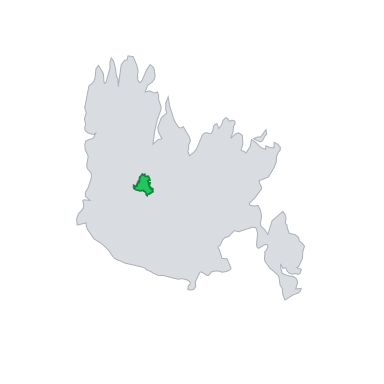 Roscrea-Templemore Lea-4, North Tipperary, Ireland (highlighted), rotated 117°
{"feature_id": "5873133B40874438019884", "entity_name": "Roscrea-Templemore Lea-4", "entity_type": "district", "adm_level": 2, "iso_a3": "IRL", "parent_name": "Ireland", "parent_adm1": "North Tipperary", "projection": "mercator", "projection_center": [-7.88, 52.84], "detail": "fine", "context": "in_parent", "style": "filled", "palette": "green", "viewbox_px": 384, "rotation_deg": 117, "n_neighbors": 0, "source": "geoboundaries", "source_scale": "gbopen_adm2", "svg_char_len": 7834}
<svg xmlns="http://www.w3.org/2000/svg" viewBox="0 0 384 384"><g transform="rotate(117 192 192)"><path d="M234.9,71.3L228.0,76.1L227.0,78.0L225.0,85.4L224.8,87.5L220.5,95.7L218.1,97.4L214.5,98.7L212.4,100.0L209.8,99.3L206.5,99.5L204.9,100.9L205.0,102.0L206.0,103.3L212.0,107.1L211.7,108.7L210.0,110.4L199.1,114.8L195.9,117.5L194.8,119.2L195.9,122.1L204.6,130.9L206.0,131.8L207.3,136.9L214.9,139.0L218.1,142.2L220.8,142.9L226.6,142.7L229.0,143.9L230.3,143.0L231.1,141.3L237.6,135.1L235.6,130.5L242.2,122.6L244.0,122.7L247.1,125.1L249.7,128.5L250.5,132.9L252.9,137.0L254.4,138.4L258.6,139.2L259.6,140.7L258.9,146.5L259.5,148.5L270.2,148.3L274.5,145.8L278.2,146.3L280.0,148.9L280.8,151.5L277.6,152.5L274.3,152.0L272.7,153.7L272.6,157.1L273.7,161.5L275.9,164.5L277.7,171.5L279.2,179.1L281.5,183.8L282.0,189.5L281.6,192.3L282.0,197.3L281.1,199.1L281.8,203.8L285.7,219.0L286.4,230.8L284.5,235.2L282.0,239.4L280.3,244.4L279.0,249.7L278.2,258.3L272.7,268.3L270.3,270.8L267.6,272.3L273.6,279.3L268.7,282.4L263.3,283.4L257.4,281.7L253.8,281.9L249.1,285.5L248.0,284.8L245.8,279.1L244.2,285.0L240.8,286.9L235.0,286.5L225.2,288.1L221.5,289.8L220.0,292.4L218.8,295.4L217.3,297.2L215.6,298.1L208.1,300.4L206.6,301.3L203.1,306.1L198.5,309.0L194.8,309.8L191.4,307.0L190.0,305.3L188.5,304.4L183.3,304.5L185.0,305.4L186.0,307.4L186.5,311.2L185.9,315.0L183.4,316.9L180.4,317.2L175.6,321.1L169.2,322.2L165.8,325.8L144.9,331.8L143.7,331.9L140.8,330.3L137.7,329.7L134.6,330.1L125.8,333.5L121.6,332.8L127.0,324.5L134.3,320.2L135.0,319.1L132.6,318.5L118.8,321.4L114.0,323.9L109.2,324.7L111.4,320.8L117.6,315.6L123.0,312.1L125.3,309.0L131.8,305.5L110.8,312.8L105.3,311.9L104.0,309.9L99.7,310.8L98.1,305.9L104.4,298.5L108.1,295.3L112.5,293.6L116.8,291.1L118.4,288.1L116.4,287.1L103.6,287.9L97.6,287.2L97.9,284.8L99.0,282.1L105.3,277.5L108.7,276.8L111.8,277.2L117.2,280.0L124.3,279.1L121.3,276.1L120.8,270.2L118.5,268.2L121.4,265.4L124.8,263.7L130.4,258.0L132.4,257.1L143.4,255.7L155.3,252.7L167.1,248.5L161.1,246.2L158.2,243.1L153.5,249.4L150.2,251.7L140.7,253.0L137.7,252.3L133.5,250.4L132.1,251.1L130.9,252.6L124.7,255.7L118.1,256.4L125.7,250.8L135.4,241.3L137.6,238.3L140.7,233.0L139.7,230.7L137.7,229.4L144.8,218.6L147.3,216.6L151.8,216.3L155.1,214.6L156.6,214.5L157.9,213.9L160.8,210.7L156.3,208.6L151.7,207.5L137.4,208.6L135.5,208.4L133.7,207.4L132.6,206.0L131.7,202.3L130.6,201.4L127.4,201.4L124.2,202.6L122.0,202.5L119.8,200.8L123.3,197.0L118.8,196.1L114.3,196.9L110.5,195.7L110.4,193.4L112.1,191.0L109.8,188.7L109.4,185.9L111.8,184.5L114.4,184.9L119.7,182.8L126.5,181.8L120.7,179.7L118.4,177.9L118.2,175.2L118.7,172.8L125.5,168.8L132.7,167.1L132.2,164.5L132.7,161.6L125.4,160.8L118.2,162.8L118.9,157.4L120.7,152.5L121.0,149.2L120.7,145.8L117.3,147.2L116.9,142.3L115.4,139.0L110.4,141.3L110.6,136.9L112.0,133.7L114.6,132.4L117.2,133.0L122.0,132.9L126.7,130.6L133.4,130.0L144.1,130.7L151.4,137.3L153.3,136.1L156.3,132.0L157.6,131.5L168.7,133.3L175.6,135.7L177.4,135.0L176.4,130.4L174.1,127.1L177.0,122.9L180.6,120.1L183.1,118.6L188.6,116.9L191.1,115.2L192.7,109.8L195.3,105.2L181.3,107.6L168.0,102.2L170.1,98.4L172.9,96.2L177.7,94.6L178.2,92.6L180.6,90.9L184.7,86.6L183.2,80.9L184.0,76.7L186.9,74.0L187.8,70.1L189.2,67.2L195.1,66.1L200.8,63.5L209.6,63.1L211.8,64.2L211.3,59.4L215.5,58.8L217.1,59.8L217.8,63.1L219.7,65.3L220.2,69.0L219.0,71.9L216.9,74.1L218.8,76.3L215.8,80.4L219.0,78.7L223.6,74.7L223.4,71.4L222.6,67.3L221.3,63.6L221.9,59.5L224.5,56.9L231.3,55.6L228.5,50.9L231.0,50.5L233.7,51.5L237.6,55.1L246.0,60.2L241.9,64.7L236.9,67.9L234.9,71.3ZM116.7,159.2L116.5,161.3L113.3,158.6L111.7,155.8L102.9,154.4L106.6,151.6L108.4,152.4L114.6,152.5L116.3,153.7L116.7,159.2Z" fill="#d9dde1" stroke="#a8b0b8" stroke-width="1"/><path d="M198.7,244.6L198.9,244.7L199.0,244.6L199.3,244.3L199.5,244.3L199.8,244.4L199.8,244.5L200.1,244.5L200.3,244.6L200.6,244.6L200.9,244.7L201.0,244.7L201.1,244.9L201.3,245.0L201.8,245.3L201.9,245.2L202.0,245.1L202.3,245.2L202.3,244.9L202.5,244.8L202.8,245.0L203.0,245.1L203.4,244.9L203.6,245.1L204.1,244.9L204.3,244.8L204.3,244.7L204.7,244.4L204.9,244.3L205.1,244.1L205.6,243.9L205.6,244.0L205.6,244.3L205.6,244.5L205.9,244.5L206.1,244.4L206.4,244.3L206.5,244.5L206.7,244.8L206.8,244.8L206.7,244.7L206.8,244.6L206.8,244.4L206.8,244.2L206.7,244.1L206.8,243.8L206.9,243.7L207.0,243.4L207.3,243.4L207.6,243.6L208.1,243.6L208.2,243.9L208.2,244.0L208.3,244.1L208.6,243.9L208.7,244.0L208.9,244.1L209.0,244.2L209.3,244.3L209.3,244.5L209.7,244.3L209.8,244.2L210.0,244.5L210.2,244.4L210.2,244.6L210.5,244.6L210.8,244.6L210.8,244.4L211.1,244.1L211.1,243.9L211.2,243.7L211.4,243.6L211.6,243.7L211.8,243.6L212.1,243.9L212.2,244.1L212.3,244.5L212.5,244.6L212.5,245.3L212.5,245.7L212.6,245.8L212.5,246.0L212.4,246.2L212.4,246.3L212.4,246.6L212.5,247.2L212.8,247.0L213.1,246.9L213.0,246.6L213.0,246.4L213.1,246.2L213.1,245.9L213.3,245.9L213.3,245.7L213.3,245.2L213.6,245.1L213.8,245.0L214.0,245.4L214.3,245.5L214.4,245.4L214.5,245.5L214.5,245.4L214.7,245.5L214.7,245.4L214.8,245.5L215.0,245.5L215.3,245.3L215.3,244.8L215.6,243.4L215.4,243.2L215.3,242.9L215.4,242.7L215.3,241.6L215.2,241.3L215.0,240.7L214.9,240.4L214.9,239.5L214.5,239.4L214.5,239.2L214.5,238.8L214.3,238.2L214.3,237.8L214.1,237.7L213.6,237.4L213.3,237.3L213.2,237.0L212.6,236.2L212.5,235.8L213.3,235.3L213.2,234.8L213.1,234.4L213.0,233.9L212.9,233.9L212.9,233.7L213.0,233.6L213.5,233.4L213.7,233.2L213.7,232.9L213.8,232.6L214.0,232.4L214.2,232.2L214.4,232.0L214.7,231.7L214.9,231.7L215.1,231.7L215.3,231.4L215.5,231.2L215.6,230.8L215.6,230.6L215.7,230.3L215.7,230.2L215.4,230.3L214.9,230.3L214.7,230.4L214.3,230.3L214.1,230.3L213.9,230.3L213.8,230.0L213.6,229.9L213.5,229.7L213.4,229.7L213.2,229.6L212.9,229.5L213.0,229.3L212.9,229.3L212.9,229.2L212.7,229.0L212.7,228.6L212.4,228.5L212.1,228.4L211.8,228.3L211.7,228.4L211.4,228.2L211.1,227.8L211.0,227.7L210.8,227.7L210.7,227.7L210.1,227.7L210.1,227.4L210.0,227.2L209.8,227.1L209.8,226.9L209.6,226.9L209.6,227.0L209.3,227.1L209.2,227.1L209.0,227.4L208.9,227.3L208.6,227.4L208.6,227.5L208.7,227.9L208.6,228.0L208.2,228.1L207.9,228.1L208.1,228.3L207.8,228.5L207.7,228.6L207.7,228.8L206.9,228.7L206.9,228.8L207.0,228.9L207.0,229.1L206.9,229.2L206.9,229.3L206.8,229.5L207.0,229.7L207.3,229.9L207.5,229.9L207.5,230.0L207.8,230.2L207.8,230.3L207.5,230.5L207.2,230.8L206.6,231.1L206.8,231.3L206.9,231.5L207.1,231.6L206.9,231.8L206.8,231.7L206.7,231.8L206.3,232.1L206.2,232.1L205.7,232.3L205.7,232.2L205.7,232.5L206.0,232.8L205.9,232.9L205.6,233.0L205.6,233.3L205.2,233.3L205.1,233.2L204.8,233.0L204.6,233.0L204.6,233.3L204.7,233.5L204.8,233.7L204.7,233.7L204.8,233.9L204.7,234.0L204.8,234.1L204.5,234.2L204.3,234.4L204.0,234.5L203.9,234.4L203.8,233.9L203.7,233.6L202.9,233.2L202.7,233.3L203.2,234.0L203.4,234.2L203.5,234.4L203.4,234.5L203.4,234.9L203.4,235.2L203.2,235.2L203.1,235.4L203.0,235.5L202.8,235.6L202.6,235.8L202.8,236.1L202.7,236.3L202.3,236.5L202.0,236.4L201.9,236.3L201.9,236.2L201.6,236.1L201.5,235.9L201.5,235.7L201.4,235.6L201.2,235.5L201.2,235.3L201.1,235.2L200.9,234.9L200.8,235.1L200.4,235.0L200.3,234.9L200.2,235.0L200.3,235.2L200.3,235.3L200.2,235.6L200.3,235.7L200.2,235.7L200.0,235.8L199.8,235.8L199.8,235.7L199.6,235.7L199.5,236.1L199.3,236.1L199.2,236.2L199.1,236.4L199.1,236.5L198.7,236.7L198.7,236.9L198.8,236.9L198.5,237.2L198.5,237.4L198.4,237.4L198.2,237.6L197.8,237.8L197.9,238.0L198.0,238.3L198.1,238.5L197.9,238.7L198.1,238.9L198.4,239.2L198.6,239.5L198.7,239.9L198.8,239.9L199.0,240.0L199.0,240.3L199.2,240.5L199.4,240.5L199.2,241.0L198.8,241.4L198.8,241.5L198.7,241.4L198.6,241.5L198.4,241.7L198.2,241.9L198.3,241.9L198.2,241.9L198.6,242.2L198.6,242.4L198.7,242.6L198.8,242.8L198.7,242.9L198.5,243.0L198.8,243.3L199.0,243.4L199.1,243.6L198.9,243.6L198.7,243.7L198.6,243.9L198.5,244.0L198.4,244.1L198.4,244.4L198.5,244.5L198.7,244.6Z" fill="#22c55e" stroke="#15803d" stroke-width="1.5"/></g></svg>